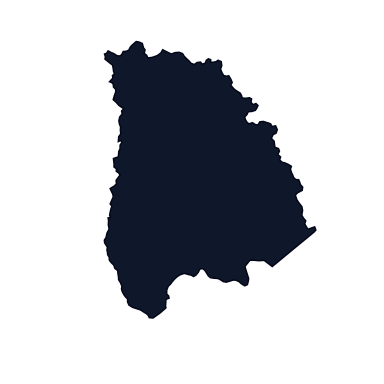 outline of Joselândia, Maranhão, Brazil, rotated 290°
{"feature_id": "56859067B10532141445233", "entity_name": "Joselândia", "entity_type": "district", "adm_level": 2, "iso_a3": "BRA", "parent_name": "Brazil", "parent_adm1": "Maranhão", "projection": "albers", "projection_center": [-44.747, -5.02], "detail": "fine", "context": "isolated", "style": "filled", "palette": "ink", "viewbox_px": 384, "rotation_deg": 290, "n_neighbors": 0, "source": "geoboundaries", "source_scale": "gbopen_adm2", "svg_char_len": 3567}
<svg xmlns="http://www.w3.org/2000/svg" viewBox="0 0 384 384"><g transform="rotate(290 192 192)"><path d="M198.6,321.4L201.2,319.2L199.0,316.5L196.7,313.7L198.4,311.4L200.6,308.8L203.9,308.7L205.6,305.7L207.6,303.2L209.8,302.7L212.5,302.2L215.9,300.2L218.2,296.4L220.5,293.3L224.3,290.2L227.2,291.3L228.9,292.9L231.2,295.0L234.5,294.3L236.0,291.4L238.0,289.9L240.0,288.0L239.2,285.3L240.4,282.5L242.6,280.7L244.1,279.0L247.1,276.7L250.1,276.6L250.9,272.8L251.1,269.3L250.8,266.4L252.1,263.4L255.2,263.3L256.6,259.8L260.3,260.2L262.4,258.4L262.4,254.6L267.8,251.8L269.6,248.2L273.6,248.6L276.1,250.9L279.8,250.8L282.8,247.9L280.9,244.9L283.0,242.4L282.9,239.5L282.7,234.9L281.2,231.8L277.6,231.0L277.0,228.8L277.8,225.1L275.5,222.1L276.5,219.6L278.5,217.2L280.5,215.9L283.9,217.2L286.7,217.4L288.1,220.6L290.4,223.6L292.8,224.2L295.9,224.4L297.0,221.8L295.0,219.6L296.4,216.8L299.9,216.1L300.2,213.7L298.6,210.8L297.5,207.1L299.6,205.5L301.4,203.5L302.1,200.2L302.8,197.1L304.1,194.5L305.7,191.8L308.7,192.3L311.4,189.8L313.8,186.8L312.6,184.9L312.3,181.8L314.4,179.4L317.2,176.8L320.8,176.8L324.5,174.9L324.7,171.4L322.7,170.1L321.3,167.7L320.2,165.2L322.7,164.3L322.8,161.9L320.7,160.4L317.6,160.4L315.6,157.8L317.0,155.6L315.5,152.6L312.6,150.5L312.6,147.1L314.2,144.2L315.4,141.4L316.9,138.2L318.8,135.8L318.9,132.2L317.2,128.4L314.6,125.4L314.9,122.2L315.3,118.5L315.7,115.8L312.1,115.2L308.9,113.2L307.1,111.3L304.8,108.4L302.9,104.6L305.0,102.6L305.9,99.7L309.6,99.2L310.9,97.1L314.6,94.5L314.8,91.0L314.3,88.1L311.2,86.4L308.6,85.0L306.2,84.3L303.7,84.1L301.7,82.0L300.5,79.3L297.4,79.0L295.3,78.0L294.4,75.1L295.3,71.3L295.4,68.3L295.9,64.9L293.2,64.3L291.7,62.6L289.6,64.3L287.1,64.8L285.8,68.7L284.8,71.6L284.1,73.9L281.1,75.7L278.4,77.1L276.5,78.8L274.2,77.4L272.1,78.7L267.4,76.8L267.4,79.1L266.3,81.2L263.8,82.3L262.3,85.2L259.9,86.1L255.8,86.1L251.8,86.4L250.3,90.2L248.4,93.6L247.6,96.5L247.0,99.4L244.0,98.1L241.6,99.7L237.7,98.4L233.9,98.9L230.7,100.8L228.8,102.6L225.7,103.5L222.2,105.2L219.0,104.2L214.2,105.5L216.2,107.5L214.5,109.1L211.4,108.4L208.0,109.6L205.0,109.3L202.4,110.1L199.8,110.7L198.3,108.8L196.6,106.7L193.5,108.3L191.4,109.3L188.9,110.1L187.9,113.1L185.5,113.8L184.9,116.6L183.2,118.6L180.2,117.6L176.9,116.7L173.8,118.2L171.3,117.1L169.2,115.4L167.2,113.9L165.1,116.0L162.9,118.3L160.5,119.7L156.5,119.4L152.8,119.2L151.3,121.6L148.6,121.6L145.8,121.9L142.1,122.5L140.3,124.0L139.0,122.0L136.5,123.4L132.5,124.6L128.8,126.8L124.3,126.2L119.9,126.8L116.8,126.1L114.3,127.3L112.8,129.3L111.1,131.4L108.4,131.9L106.4,133.2L104.2,134.2L102.5,136.4L99.6,137.7L98.0,140.3L96.5,143.6L93.9,145.6L92.7,149.1L90.0,150.3L87.2,151.9L84.4,153.1L82.4,155.7L79.5,158.4L76.8,158.9L74.6,160.5L72.7,162.5L70.9,165.0L69.4,168.1L66.7,169.0L64.2,171.4L63.3,175.5L63.4,179.3L63.6,183.9L62.6,188.1L62.1,190.7L61.2,192.9L59.3,194.9L60.3,198.5L63.5,200.7L67.1,203.2L69.4,204.5L74.1,207.1L76.2,206.0L79.8,205.0L82.1,204.2L84.4,206.8L86.4,205.5L87.5,203.1L91.2,201.8L95.3,201.9L98.1,203.3L101.5,204.3L104.6,205.6L107.1,206.9L109.9,208.9L112.9,212.6L113.2,216.7L113.6,219.7L113.1,222.4L115.2,224.1L118.5,225.3L122.1,225.7L123.7,227.9L122.8,230.8L121.0,233.2L118.8,236.0L117.8,238.6L118.4,241.7L119.6,246.1L119.3,248.7L118.5,252.0L119.0,255.1L121.4,258.3L123.2,260.6L124.1,263.2L123.9,266.7L122.6,270.0L121.9,273.7L123.9,275.7L127.5,275.4L130.1,274.8L136.0,270.2L140.1,267.2L147.5,269.7L148.8,272.7L149.5,275.2L150.3,278.4L151.3,280.5L152.4,283.3L149.4,292.9L173.6,307.1L196.3,320.5L198.6,321.4Z" fill="#0f172a" stroke="#020617" stroke-width="1.5"/></g></svg>